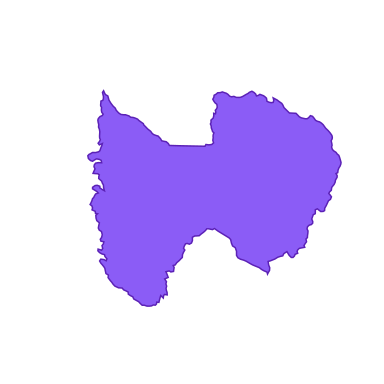 Itapuranga, Goiás, Brazil (Robinson projection), rotated 118°
{"feature_id": "56859067B45624667029655", "entity_name": "Itapuranga", "entity_type": "district", "adm_level": 2, "iso_a3": "BRA", "parent_name": "Brazil", "parent_adm1": "Goiás", "projection": "robinson", "projection_center": [-49.942, -15.57], "detail": "fine", "context": "isolated", "style": "filled", "palette": "violet", "viewbox_px": 384, "rotation_deg": 118, "n_neighbors": 0, "source": "geoboundaries", "source_scale": "gbopen_adm2", "svg_char_len": 5149}
<svg xmlns="http://www.w3.org/2000/svg" viewBox="0 0 384 384"><g transform="rotate(118 192 192)"><path d="M227.9,114.3L227.7,111.7L227.8,108.9L227.9,106.6L227.9,104.0L227.2,97.0L227.7,94.4L227.8,91.8L227.5,88.2L229.0,86.8L226.8,86.8L224.9,86.7L222.4,87.8L220.5,90.0L217.6,92.2L216.0,90.5L212.2,87.3L209.4,85.7L207.4,83.8L205.8,81.9L203.3,82.0L200.1,80.2L202.3,76.5L203.2,73.6L202.4,72.1L200.5,71.5L198.6,71.7L196.5,69.9L195.1,71.3L193.4,71.5L191.4,70.8L190.3,69.5L187.9,66.5L186.6,68.0L183.9,67.8L182.2,67.5L180.0,69.3L178.1,68.7L176.4,69.5L173.9,70.4L171.9,71.3L170.6,73.1L168.4,73.7L166.2,72.9L164.7,71.3L162.9,70.8L161.4,71.5L159.6,73.6L155.1,74.3L153.3,73.0L151.8,73.7L149.8,74.8L148.0,73.4L148.4,71.5L148.8,69.1L147.6,67.1L146.2,66.2L144.0,67.2L141.0,67.1L139.2,67.2L135.7,67.4L133.5,66.3L130.8,66.6L129.8,68.6L129.1,70.5L127.5,70.6L125.1,69.8L122.4,70.8L120.6,70.5L118.6,70.1L116.2,70.2L114.2,70.9L110.9,70.8L109.4,71.5L108.1,73.5L106.5,72.4L104.2,73.3L101.6,73.6L99.8,73.4L97.5,73.7L95.9,74.3L93.6,76.5L91.8,78.3L90.7,79.6L90.3,81.6L89.4,83.4L89.1,86.4L88.4,88.2L86.7,89.9L85.1,90.2L83.7,91.2L81.4,93.2L79.3,93.2L77.8,93.8L76.4,95.0L75.1,97.5L73.9,100.5L72.9,104.0L72.1,105.6L71.0,107.8L70.4,110.1L70.2,112.3L70.7,114.5L70.7,116.6L69.6,118.7L68.6,121.1L69.0,123.3L71.6,123.9L73.2,124.7L74.1,126.3L74.6,128.0L75.2,130.3L75.2,132.6L74.5,134.6L73.7,137.1L75.0,139.9L76.5,143.1L75.6,146.1L74.3,150.4L72.5,152.7L71.6,154.4L71.2,157.9L70.8,159.9L70.8,164.5L72.7,162.8L74.8,162.4L76.0,164.1L76.6,166.3L76.7,168.4L74.2,170.3L73.7,172.1L73.4,174.0L73.9,177.9L75.7,178.9L76.9,180.2L75.6,181.8L75.0,184.0L74.9,186.4L77.1,188.2L78.5,188.7L80.4,190.0L83.7,192.0L85.3,193.3L86.3,194.6L87.7,197.4L87.9,199.9L89.4,201.8L89.7,203.8L88.9,206.1L88.7,208.0L89.0,209.6L89.4,212.2L91.0,213.7L92.3,215.9L94.4,216.7L96.2,217.9L98.1,217.2L100.3,217.2L101.4,215.6L102.5,213.4L102.9,211.2L105.3,209.5L107.3,209.4L108.9,209.8L110.3,208.5L111.9,208.0L112.3,209.8L114.4,208.6L116.7,208.0L119.6,209.0L121.7,207.8L123.3,207.7L124.6,206.1L126.4,205.0L127.6,203.6L129.0,202.2L129.5,200.4L131.3,200.2L132.7,199.7L134.1,198.8L136.6,197.9L138.5,196.0L140.8,196.9L142.5,199.3L143.5,202.0L145.5,202.0L156.1,222.9L158.1,226.9L161.5,233.8L160.3,235.7L159.7,238.4L160.6,241.2L161.0,242.8L159.7,244.8L158.5,248.2L158.9,249.9L159.3,252.7L159.0,254.6L157.8,257.0L157.1,260.9L156.2,263.5L155.5,265.9L154.5,267.1L153.8,272.4L153.2,274.3L153.4,276.7L153.8,278.9L154.8,281.3L154.4,283.2L155.0,286.9L155.8,288.4L156.9,291.2L156.6,294.0L155.4,297.3L154.0,299.1L153.2,302.0L151.7,305.3L149.8,308.5L146.7,311.4L146.6,314.2L145.6,315.7L144.1,317.6L146.1,317.8L149.3,315.0L151.4,314.0L153.0,313.8L154.5,315.1L155.9,314.4L157.5,313.8L158.8,313.1L159.7,311.6L162.2,310.5L163.9,309.2L165.0,307.0L166.6,307.1L168.5,308.6L171.1,309.2L172.7,308.9L174.4,307.7L176.3,306.0L178.6,305.0L180.0,303.3L182.1,301.7L186.0,299.9L187.7,298.9L188.8,297.5L190.7,297.4L193.0,297.8L193.9,295.9L191.3,293.9L193.4,293.4L195.8,293.2L198.8,292.7L200.3,293.3L202.4,295.6L203.8,298.4L205.8,299.6L207.2,300.6L208.9,301.0L211.1,299.2L211.9,296.4L211.5,294.2L209.4,293.1L207.6,291.9L206.7,289.1L206.7,287.0L208.6,285.5L210.1,288.6L211.8,290.7L214.0,291.0L215.7,290.4L217.1,288.5L220.5,288.3L222.0,288.1L220.9,285.4L220.1,283.8L220.4,281.9L222.0,281.6L223.9,280.7L224.8,276.9L226.3,275.3L227.3,273.6L229.9,271.9L232.0,269.9L232.0,272.0L231.6,275.3L230.2,276.1L230.6,278.9L231.8,280.6L234.5,282.0L235.9,281.3L236.1,277.9L236.3,275.9L236.9,274.3L239.0,276.2L241.3,276.3L242.9,276.2L244.6,276.7L246.5,276.3L249.0,276.1L250.9,276.1L251.3,273.8L252.8,272.3L254.7,271.9L254.5,268.4L256.2,267.2L255.6,265.2L257.7,266.0L260.2,264.4L262.0,262.6L262.7,259.3L265.4,258.6L267.8,257.8L269.2,256.0L269.4,253.4L271.8,251.2L274.6,250.5L276.8,250.8L278.2,249.3L277.3,246.5L279.3,245.9L281.6,246.3L283.8,244.3L285.8,244.5L286.5,248.1L288.1,247.5L288.9,245.2L289.0,242.6L288.4,239.8L289.8,238.6L291.0,235.7L293.0,235.5L293.0,238.0L294.1,241.0L296.3,241.2L297.6,239.1L298.4,237.0L299.4,234.7L300.3,233.1L302.3,231.5L304.4,229.7L304.6,226.8L307.0,225.9L308.6,222.5L309.4,220.4L310.5,218.3L311.3,215.9L311.1,211.9L310.3,210.2L309.6,208.6L310.5,206.4L310.3,203.7L310.3,201.4L312.1,200.3L312.4,197.7L312.3,195.1L313.8,193.2L313.9,187.6L314.7,185.4L315.4,182.8L314.4,181.1L313.9,178.2L312.8,176.1L311.6,174.3L309.9,173.1L309.1,171.2L307.5,170.8L305.8,171.4L305.0,169.4L302.7,170.0L301.1,170.4L298.1,171.0L299.1,167.6L296.9,168.4L295.4,168.2L294.5,165.6L292.3,166.9L290.8,168.5L289.2,169.7L287.0,170.2L285.4,171.9L283.2,172.4L281.6,175.3L278.6,172.9L276.4,175.4L274.6,177.6L272.4,175.1L272.5,173.1L270.8,171.0L268.7,171.8L267.1,172.3L265.7,174.1L264.3,172.6L261.6,172.3L258.6,171.1L256.0,170.4L254.4,169.8L251.7,171.0L249.1,171.2L246.6,171.1L245.7,173.0L243.5,173.4L240.8,173.4L239.7,172.1L239.3,169.8L237.3,168.5L234.7,168.8L231.8,170.4L229.6,169.0L228.6,167.3L227.2,165.1L224.6,164.1L222.1,162.9L219.6,162.0L217.6,161.7L216.7,160.1L215.6,156.3L213.7,155.0L214.3,150.7L215.1,137.7L215.8,135.6L218.7,133.1L220.6,130.8L220.8,127.7L223.4,124.9L227.1,122.9L228.5,120.6L228.6,117.7L227.9,114.3Z" fill="#8b5cf6" stroke="#5b21b6" stroke-width="1.5"/></g></svg>